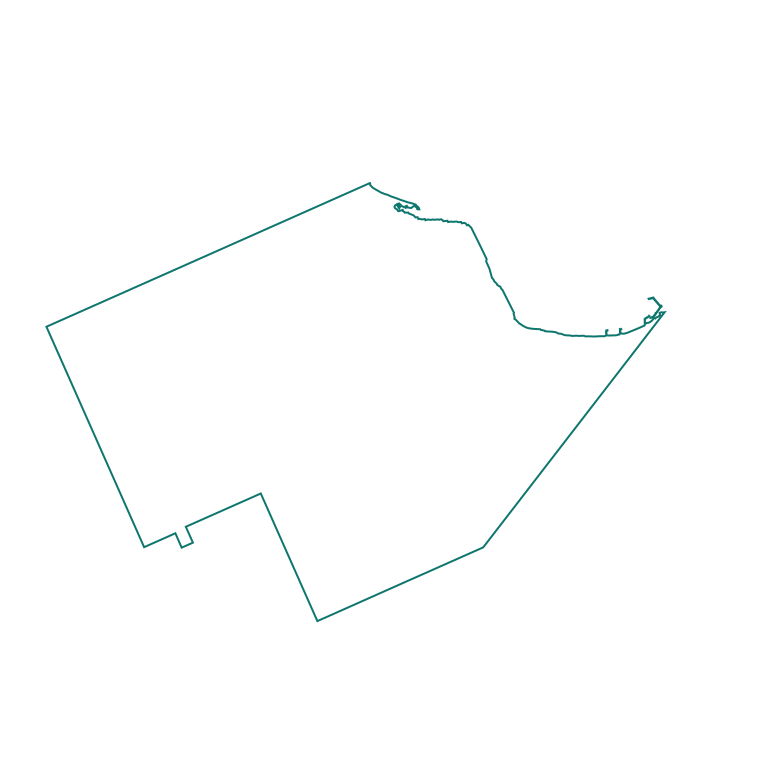 outline of 77, Madinat ach Shamal, Qatar, rotated 336°
{"feature_id": "91078587B75856753740390", "entity_name": "77", "entity_type": "district", "adm_level": 2, "iso_a3": "QAT", "parent_name": "Qatar", "parent_adm1": "Madinat ach Shamal", "projection": "albers", "projection_center": [51.407, 25.968], "detail": "fine", "context": "isolated", "style": "outline", "palette": "teal", "viewbox_px": 768, "rotation_deg": 336, "n_neighbors": 0, "source": "geoboundaries", "source_scale": "gbopen_adm2", "svg_char_len": 3044}
<svg xmlns="http://www.w3.org/2000/svg" viewBox="0 0 768 768"><g transform="rotate(336 384 384)"><path d="M406.0,573.6L408.2,573.6L628.1,455.0L669.5,432.6L668.1,432.2L666.4,431.2L664.7,431.2L664.4,433.1L663.1,433.6L662.3,434.1L660.4,433.9L658.4,434.5L657.7,433.5L657.4,432.6L668.0,426.3L668.7,426.4L669.1,426.2L669.3,425.4L669.0,425.0L668.2,425.1L665.3,415.4L665.3,414.6L660.4,413.7L660.4,414.1L664.7,415.0L667.6,424.5L667.8,425.7L666.3,426.9L661.6,429.7L661.1,429.6L660.9,430.1L656.7,432.3L656.2,431.9L654.4,431.8L654.3,432.0L654.7,432.1L656.2,432.2L657.1,433.5L656.3,434.2L654.8,435.0L652.9,435.5L650.8,435.7L648.7,435.1L647.9,435.3L647.3,435.3L647.1,435.0L647.9,432.7L648.2,432.1L648.7,431.0L648.9,430.8L653.6,430.1L654.0,430.1L654.1,429.8L653.9,429.5L653.5,429.8L652.4,430.0L650.3,430.2L649.3,430.4L648.6,430.6L646.3,435.9L645.7,436.6L636.7,436.5L627.6,436.2L625.3,436.0L623.1,435.4L621.9,434.8L620.8,433.5L621.9,430.5L623.1,430.4L623.1,430.2L622.1,430.2L621.8,429.9L620.5,433.3L619.7,433.7L619.4,434.5L615.8,433.9L608.5,430.9L607.2,430.0L608.2,427.2L608.8,426.0L609.2,425.9L609.4,426.1L609.9,426.1L610.0,425.7L609.0,425.4L608.6,425.7L608.1,426.6L606.8,430.1L604.9,430.0L602.6,429.0L599.8,427.8L598.1,427.2L595.3,426.1L594.5,425.7L590.0,423.5L587.5,422.5L586.3,421.3L583.3,420.0L582.5,419.8L580.1,418.5L578.5,417.8L575.1,416.5L574.5,415.8L571.6,414.3L569.8,413.4L567.8,411.8L566.5,410.4L565.6,409.8L563.8,408.8L562.8,407.5L562.0,406.6L558.9,404.6L555.9,403.1L552.6,401.3L552.6,400.8L550.6,399.2L549.4,398.5L549.1,397.6L546.6,396.3L543.9,394.9L542.2,394.0L539.8,392.5L538.2,391.4L537.2,390.5L535.0,387.9L533.4,385.4L533.0,384.6L532.3,383.9L530.4,378.5L529.7,377.9L529.7,377.2L530.4,376.5L531.0,372.5L531.7,371.8L530.5,346.4L529.8,344.4L529.8,342.4L527.8,339.7L527.8,338.4L526.5,335.0L526.5,333.0L525.8,331.0L527.2,321.7L527.2,313.6L528.6,311.6L528.0,294.2L527.3,276.8L525.7,272.8L524.4,272.8L524.0,270.8L523.0,269.5L520.4,268.8L520.4,267.4L517.7,266.4L516.4,265.1L512.4,263.7L511.8,263.1L508.4,262.1L508.4,260.7L504.4,259.4L504.1,258.0L503.1,256.7L501.1,256.4L500.5,255.7L496.5,254.3L495.8,253.7L493.2,253.0L491.2,251.6L488.5,251.3L488.5,250.0L485.2,248.9L483.9,247.6L482.5,247.3L482.5,245.3L480.5,244.6L479.6,241.9L476.2,238.5L475.9,237.2L474.6,236.9L473.9,236.2L472.6,235.9L472.3,234.5L471.6,233.8L471.9,232.5L467.9,232.2L467.3,231.8L466.9,229.8L465.6,227.8L465.6,226.5L466.6,225.5L468.6,225.1L469.3,229.8L470.9,228.5L470.6,225.1L471.3,225.2L472.9,229.2L473.9,230.2L475.3,230.5L475.3,231.9L476.6,231.9L476.6,230.5L477.3,230.5L477.6,232.5L480.4,234.3L484.2,233.4L485.7,236.4L485.5,237.8L486.3,238.5L487.3,238.8L487.4,236.6L486.6,235.5L485.9,233.0L482.8,230.1L479.9,227.9L474.9,223.3L473.3,221.8L471.3,219.8L468.7,217.3L467.0,215.8L464.7,213.1L463.4,211.9L462.3,211.1L459.0,207.7L458.1,206.4L455.2,202.5L454.0,200.8L453.1,199.0L452.3,196.6L453.0,194.9L452.8,194.7L98.9,194.4L98.5,435.5L132.7,435.5L132.6,451.2L144.9,451.2L144.9,433.8L226.9,433.9L226.7,573.5L324.5,573.5L406.0,573.6Z" fill="none" stroke="#0f766e" stroke-width="2"/></g></svg>